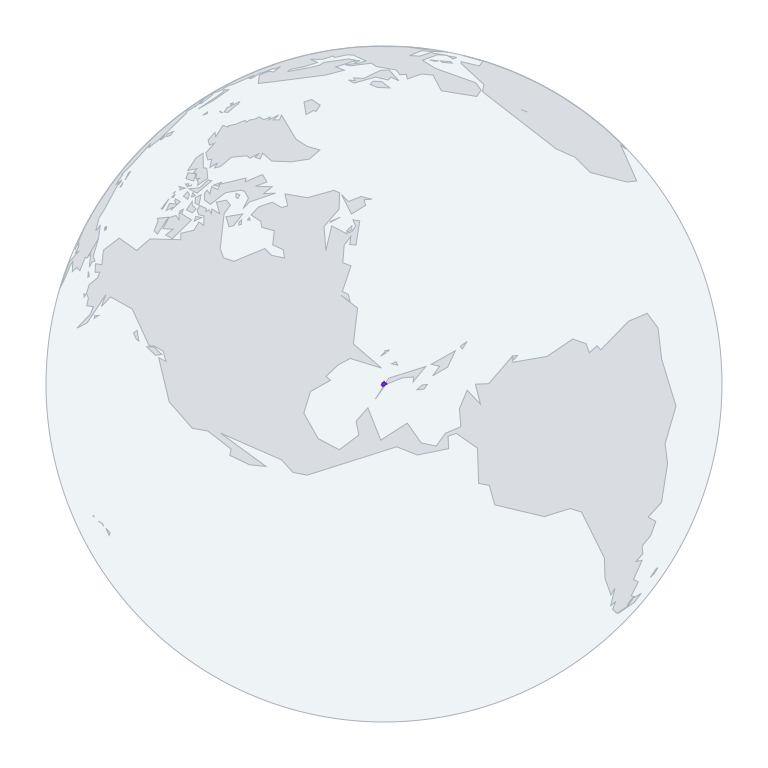 globe centered on Mayabeque, rotated 319°
{"feature_id": "CUB-5489", "entity_name": "Mayabeque", "entity_type": "Province", "adm_level": 1, "iso_a3": "CUB", "parent_name": "Cuba", "parent_adm1": "", "projection": "orthographic", "projection_center": [-81.981, 22.888], "detail": "fine", "context": "on_globe", "style": "filled", "palette": "violet", "viewbox_px": 768, "rotation_deg": 319, "n_neighbors": 0, "source": "natural_earth", "source_scale": "10m", "svg_char_len": 9995}
<svg xmlns="http://www.w3.org/2000/svg" viewBox="0 0 768 768"><g transform="rotate(319 384 384)"><circle cx="384" cy="384" r="338" fill="#eef3f6" stroke="#a8b0b8"/><path d="M406.2,468.7L398.1,465.4L390.4,475.2L362.6,459.5L352.4,439.7L266.3,402.4L257.3,391.1L257.0,374.2L228.4,313.8L240.8,368.6L229.6,356.9L220.8,336.7L225.9,332.8L220.3,304.1L210.3,291.7L210.2,256.6L231.2,216.4L234.3,223.9L239.0,214.3L235.4,204.7L231.9,200.9L243.2,162.3L234.8,138.9L221.5,140.1L232.8,134.0L200.3,143.1L188.9,140.4L208.4,138.6L215.4,134.9L211.0,130.0L217.3,125.2L218.8,120.5L226.7,115.6L237.5,116.0L242.8,113.2L239.3,110.1L245.1,104.0L249.4,108.9L259.9,99.0L279.9,100.2L284.9,121.0L302.6,121.0L325.2,141.7L329.7,137.0L341.2,143.2L350.6,140.4L352.1,146.0L358.4,139.1L355.2,134.6L356.9,130.3L362.2,128.6L365.0,135.0L362.8,136.9L366.4,137.9L365.5,142.1L368.9,139.0L371.7,147.7L376.8,136.8L385.6,141.8L385.4,148.3L375.1,150.5L349.1,174.4L345.7,183.4L351.1,192.9L383.0,203.6L383.5,213.1L391.6,223.6L396.1,216.6L391.3,206.0L401.7,196.4L394.6,185.6L397.7,180.6L394.6,169.2L406.1,168.2L419.1,173.7L422.3,183.4L428.1,186.5L434.0,175.6L448.6,193.3L473.3,205.0L475.9,210.5L464.8,222.6L442.1,225.7L427.6,245.3L448.2,230.3L454.3,245.9L460.0,247.9L466.2,246.2L468.3,239.7L472.7,245.0L454.0,260.8L449.7,256.2L455.7,250.9L445.1,253.0L432.5,265.4L436.6,273.2L413.3,286.8L415.9,292.9L412.3,299.8L409.7,288.9L413.9,309.3L387.2,333.7L392.5,370.3L375.2,342.5L361.5,339.5L345.3,340.2L345.9,346.1L323.6,341.4L304.4,353.3L298.5,382.0L307.1,404.3L331.6,406.0L338.5,393.8L356.2,391.4L344.7,424.3L375.9,428.8L373.4,452.9L382.7,465.1L398.0,461.5L414.0,466.7L424.8,452.1L442.6,443.3L443.6,462.6L452.9,444.1L463.2,452.5L498.1,447.4L495.6,452.2L525.2,470.2L555.9,473.9L563.0,486.0L559.5,495.1L569.8,495.0L570.0,500.4L609.8,497.1L629.0,503.3L627.5,521.5L609.8,547.5L589.8,592.3L556.9,613.5L545.9,630.0L515.7,655.5L496.1,657.7L499.0,666.0L486.0,673.3L472.5,675.6L468.0,682.0L457.9,683.3L463.1,686.4L444.0,695.3L446.1,700.2L431.5,706.1L433.3,708.4L428.8,708.8L423.4,710.1L422.0,711.5L409.3,710.0L408.8,704.0L415.5,700.3L409.6,700.0L424.2,689.7L416.8,692.1L423.3,675.7L436.2,660.0L449.1,610.3L442.9,600.2L418.0,589.2L388.3,547.9L397.0,529.6L390.2,521.1L412.5,493.8L406.2,468.7ZM77.2,318.0L79.5,310.4L79.7,316.6L77.2,318.0ZM79.8,304.9L79.2,307.6L79.5,305.1L79.8,304.9ZM79.3,302.5L79.7,304.2L79.0,303.0L79.3,302.5ZM78.3,300.2L79.0,301.1L78.8,301.3L78.3,300.2ZM391.4,382.7L427.0,398.2L407.4,401.5L411.0,398.1L401.9,391.4L385.0,385.5L367.6,389.7L391.4,382.7ZM77.9,294.4L77.9,292.7L78.7,292.9L77.9,294.4ZM405.9,361.9L399.8,360.8L405.7,360.4L405.9,361.9ZM229.3,200.2L234.7,205.1L235.6,216.0L230.4,212.3L229.3,200.2ZM228.5,181.1L232.8,181.5L227.2,190.7L226.5,187.6L228.5,181.1ZM210.5,142.6L213.6,145.1L208.4,144.4L210.5,142.6ZM217.6,120.8L214.7,121.7L216.7,119.0L217.6,120.8ZM388.5,170.7L391.5,170.0L390.5,172.5L388.5,170.7ZM384.3,166.7L381.0,170.1L378.5,168.7L380.6,166.7L384.3,166.7ZM230.6,109.2L234.7,105.0L232.4,109.3L230.6,109.2ZM388.9,163.0L374.5,165.9L370.2,163.6L374.5,154.1L388.9,163.0ZM238.3,102.5L248.1,93.1L242.5,94.1L263.9,86.9L248.5,96.7L246.5,101.6L243.5,100.3L238.3,102.5ZM351.9,134.1L355.5,138.7L347.6,136.6L351.9,134.1ZM346.4,133.9L319.7,135.4L317.0,128.3L326.5,128.9L319.0,121.7L330.9,117.4L337.6,120.4L337.0,125.6L342.0,120.1L346.4,133.9ZM274.1,84.8L278.1,83.0L276.0,85.1L274.1,84.8ZM356.9,128.5L351.8,129.1L349.1,122.9L358.9,120.5L356.6,123.2L356.9,128.5ZM311.3,122.2L311.0,117.6L320.5,112.7L321.7,110.4L330.9,116.7L311.3,122.2ZM359.9,123.8L364.0,119.6L370.1,121.1L361.8,127.5L359.9,123.8ZM344.2,122.4L343.4,119.5L347.1,120.3L344.2,122.4ZM394.0,125.2L387.8,125.4L385.9,122.1L394.0,125.2ZM365.1,118.0L362.9,117.5L361.5,116.4L365.3,114.2L365.1,118.0ZM337.0,113.1L341.0,112.3L333.7,110.2L340.5,107.0L345.4,112.0L346.1,108.5L348.2,107.5L349.9,112.8L337.0,113.1ZM364.9,108.7L373.5,114.9L385.2,114.7L387.3,117.6L368.0,117.3L364.9,108.7ZM355.9,110.6L361.9,110.0L361.4,113.4L357.0,116.0L355.9,110.6ZM343.3,103.1L331.6,106.8L330.9,105.6L343.3,103.1ZM368.4,107.9L366.2,106.5L369.3,107.5L368.4,107.9ZM351.1,103.7L347.1,105.0L346.4,103.6L351.1,103.7ZM365.3,102.8L368.1,104.7L365.2,106.3L365.3,102.8ZM358.9,102.6L359.0,100.5L362.5,105.8L357.2,103.4L358.9,102.6ZM351.2,102.2L349.5,101.8L353.0,101.8L351.2,102.2ZM374.7,95.9L379.8,102.3L373.4,105.8L369.3,99.0L374.7,95.9ZM429.6,713.0L410.0,710.8L421.4,711.8L431.3,709.0L440.9,710.7L429.6,713.0ZM458.1,704.7L468.4,702.0L470.2,702.3L463.5,704.4L458.1,704.7ZM636.6,159.5L631.9,154.5L623.1,145.2L636.6,159.5ZM600.7,124.7L600.3,124.4L595.9,120.8L598.2,123.0L618.3,140.8L622.2,144.4L633.6,157.5L641.1,165.1L647.3,172.8L636.8,163.0L631.1,157.2L618.9,152.9L625.9,159.9L637.9,165.0L638.1,166.7L647.7,177.8L640.5,170.7L625.5,164.9L629.9,179.6L650.8,216.7L650.1,225.9L642.6,227.8L619.7,200.3L623.7,183.1L615.6,174.6L601.7,169.1L604.1,164.9L598.9,161.0L599.2,154.9L586.6,139.6L584.9,133.5L567.5,121.9L564.2,117.6L575.5,125.4L582.3,128.2L576.5,115.4L571.8,111.2L560.9,105.1L560.7,103.0L550.9,98.8L541.5,90.7L544.8,97.7L532.2,92.3L519.7,85.1L516.2,85.0L536.5,97.0L544.0,100.9L549.6,101.9L570.7,115.6L575.4,121.5L555.5,113.1L560.0,121.1L542.6,112.5L498.4,83.0L486.3,74.7L492.6,69.0L502.6,72.6L505.3,76.1L514.3,76.5L508.0,74.6L507.8,73.4L495.7,69.2L495.0,68.2L484.6,66.4L482.4,64.7L489.0,65.9L469.1,59.7L461.1,56.5L457.0,55.7L454.8,55.8L446.1,52.5L443.4,52.1L445.2,53.0L441.1,53.1L430.4,52.4L428.0,51.2L431.5,51.3L435.3,50.5L445.1,51.8L443.0,51.3L433.9,50.0L429.3,50.9L423.5,50.9L424.3,49.9L423.6,50.3L419.9,50.0L414.1,48.9L412.6,50.0L376.1,52.0L361.1,51.3L365.8,49.4L337.7,52.9L323.0,53.9L324.7,54.3L312.4,57.7L316.9,57.3L316.7,57.9L287.1,69.0L278.3,71.5L267.5,78.9L268.4,79.4L274.3,77.8L263.9,86.9L242.5,94.1L241.6,92.4L228.8,99.0L228.5,94.6L222.5,94.7L229.6,87.4L224.2,89.0L219.7,91.5L209.0,96.4L202.2,99.2L227.1,85.3L241.2,83.5L237.1,82.7L243.8,79.8L245.9,77.9L242.6,78.2L238.6,80.1L260.9,69.3L283.7,61.3L306.9,55.0L330.5,50.3L354.4,47.4L378.4,46.1L402.5,46.6L426.5,48.8L450.3,52.6L473.7,58.2L496.7,65.4L519.0,74.2L540.8,84.6L561.7,96.6L581.7,109.9L600.7,124.7ZM721.2,361.8L720.7,357.0L720.8,365.7L719.2,358.4L718.5,362.2L707.9,396.5L699.8,390.9L678.6,359.9L677.0,338.4L668.2,319.5L650.1,227.8L655.9,223.7L652.5,192.4L653.8,191.4L664.6,206.5L670.4,205.3L660.0,189.3L659.0,187.7L673.7,210.0L686.5,233.5L697.5,257.9L706.5,283.1L713.5,308.9L718.4,335.2L721.2,361.8ZM667.5,266.9L670.7,272.9L667.5,266.9ZM499.2,447.0L503.5,450.1L498.0,451.0L499.2,447.0ZM405.0,409.9L412.4,409.9L416.4,412.8L410.8,414.1L405.0,409.9ZM466.3,405.6L474.6,406.4L466.1,409.0L466.3,405.6ZM432.6,400.1L459.6,405.7L443.1,413.0L426.0,409.7L437.6,407.1L432.6,400.1ZM403.1,373.8L407.8,375.1L406.7,378.8L403.1,373.8ZM410.2,361.7L408.5,362.1L406.0,359.2L410.2,361.7ZM455.4,244.9L457.0,243.8L463.5,243.5L460.9,246.5L455.4,244.9ZM489.8,227.5L496.1,236.6L489.8,231.8L487.3,237.1L470.9,234.4L476.3,213.2L476.8,222.9L489.8,227.5ZM450.5,226.2L460.3,229.4L449.4,226.8L450.5,226.2ZM570.1,148.8L574.4,148.4L580.6,154.0L582.7,164.4L573.8,156.1L570.1,148.8ZM579.1,146.9L558.8,137.2L556.6,131.3L561.3,136.1L561.9,133.1L569.5,140.2L587.3,145.0L593.9,150.5L594.2,165.0L590.5,156.9L586.5,157.3L579.1,146.9ZM510.7,131.5L501.9,129.5L508.7,118.7L516.1,121.9L518.7,131.7L511.4,133.8L510.7,131.5ZM399.3,146.6L395.4,148.2L394.7,146.1L397.3,143.1L399.3,146.6ZM391.3,125.6L415.1,138.1L412.0,140.4L429.7,146.2L428.3,154.7L416.8,150.4L429.0,161.8L418.1,161.4L427.3,168.8L402.0,158.4L392.7,159.2L403.6,154.9L405.2,146.9L403.0,143.7L390.0,135.7L370.8,134.5L369.3,127.2L373.3,122.5L377.7,121.6L377.3,126.4L383.4,121.9L386.2,128.3L391.3,125.6ZM421.5,83.2L419.2,87.0L432.0,83.2L434.9,87.8L436.2,87.1L442.4,90.6L452.1,93.9L451.9,96.2L455.8,96.6L459.9,99.2L465.2,100.7L466.7,105.6L473.2,107.9L470.2,109.0L481.1,111.9L473.7,112.0L478.3,116.1L483.1,113.8L478.2,141.3L481.9,154.2L489.1,165.3L475.3,165.3L459.8,155.5L445.5,142.0L443.9,130.2L438.0,132.9L435.5,128.2L441.2,128.1L430.9,125.6L430.3,121.9L417.6,112.7L403.0,112.6L397.9,109.7L403.4,107.9L394.6,106.4L401.4,101.2L398.0,99.2L401.3,92.6L413.8,91.1L409.0,89.0L411.3,84.5L421.5,83.2ZM376.0,94.1L390.3,90.1L398.9,91.1L389.5,102.3L391.7,104.9L386.0,113.1L373.7,111.8L376.4,109.5L376.3,107.0L380.2,108.3L376.9,105.4L380.6,102.3L379.1,99.4L384.1,98.8L376.0,94.1ZM649.0,183.6L648.8,181.9L647.2,177.9L653.1,185.3L649.0,183.6ZM639.2,179.7L638.2,176.8L645.8,184.4L646.0,186.6L639.2,179.7ZM631.0,169.3L637.5,176.1L634.1,173.8L631.0,169.3ZM573.8,122.9L571.9,120.0L574.2,121.1L578.3,124.2L573.8,122.9ZM460.1,76.2L457.5,77.3L455.3,76.6L444.6,76.7L441.7,73.8L446.9,72.6L460.1,76.2ZM648.0,173.1L649.8,175.5L648.2,173.5L647.4,172.4L648.0,173.1ZM455.1,73.0L451.1,73.3L452.1,71.7L455.1,73.0ZM438.9,71.8L439.0,69.8L440.1,73.5L438.9,71.8ZM424.0,54.5L442.2,56.9L453.3,58.0L456.4,57.1L459.8,60.0L442.6,58.2L424.0,54.5ZM382.2,52.1L379.6,53.8L375.5,53.2L375.6,52.7L382.2,52.1ZM384.3,53.0L390.8,55.2L385.9,56.3L381.7,54.3L384.3,53.0ZM423.6,62.2L429.2,62.9L428.2,64.0L423.6,62.2ZM276.0,82.6L277.9,82.9L274.1,83.9L276.0,82.6ZM319.5,57.7L318.7,58.7L314.3,59.4L319.5,57.7ZM314.1,62.2L319.6,60.6L314.8,62.7L314.1,62.2ZM331.8,57.4L322.3,60.2L330.0,56.9L331.8,57.4Z" fill="#d9dde1" stroke="#a8b0b8" stroke-width="1"/><path d="M383.4,382.2L383.5,382.2L383.8,382.2L384.0,382.3L384.5,382.4L384.8,382.4L385.6,382.4L385.6,382.5L385.6,382.8L385.6,383.0L385.6,382.9L385.5,383.0L385.4,383.2L385.3,383.3L385.4,383.5L385.5,383.5L385.6,383.8L385.6,384.0L385.6,384.4L385.7,384.5L385.8,384.5L385.8,384.8L386.0,385.0L386.1,385.5L385.9,385.7L385.9,385.8L385.7,385.8L385.5,385.7L385.4,385.6L385.2,385.5L385.0,385.4L384.6,385.2L384.4,385.2L383.9,385.3L383.4,385.4L383.2,385.3L382.8,385.2L382.4,385.2L382.2,385.2L381.9,385.2L381.7,384.9L381.5,384.7L381.4,384.5L381.4,384.3L381.5,384.1L381.5,383.9L381.5,383.6L381.8,383.6L382.0,383.5L382.3,383.5L382.5,383.5L382.6,383.4L382.8,383.2L382.7,383.0L382.7,382.9L382.8,382.9L382.7,382.8L382.8,382.8L383.0,382.7L383.3,382.9L383.4,382.7L383.5,382.5L383.4,382.4L383.4,382.2Z" fill="#8b5cf6" stroke="#5b21b6" stroke-width="1.5"/></g></svg>